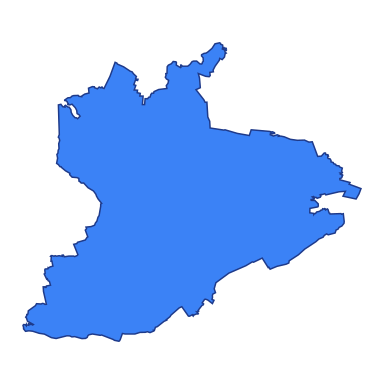 outline of Beresti-Tazlau, Bacau, Romania
{"feature_id": "2599482B13595150483809", "entity_name": "Beresti-Tazlau", "entity_type": "district", "adm_level": 2, "iso_a3": "ROU", "parent_name": "Romania", "parent_adm1": "Bacau", "projection": "natural_earth1", "projection_center": [26.669, 46.487], "detail": "fine", "context": "isolated", "style": "filled", "palette": "blue", "viewbox_px": 384, "rotation_deg": 0, "n_neighbors": 0, "source": "geoboundaries", "source_scale": "gbopen_adm2", "svg_char_len": 5826}
<svg xmlns="http://www.w3.org/2000/svg" viewBox="0 0 384 384"><path d="M150.0,332.6L153.6,331.1L153.4,330.3L154.4,330.4L155.4,327.3L157.4,326.6L164.1,321.3L166.4,320.3L166.7,320.1L166.2,319.8L170.0,316.7L171.0,315.1L179.2,307.9L181.8,306.7L188.4,316.1L189.6,316.2L192.3,314.7L192.7,315.6L193.5,315.0L193.6,315.5L193.9,315.0L196.3,314.0L198.0,314.0L198.3,313.7L196.9,312.0L197.3,312.1L197.7,311.3L198.2,311.6L198.7,311.1L198.2,310.7L198.5,309.9L202.0,305.4L203.3,304.8L203.6,303.9L202.2,302.9L204.6,299.4L205.6,299.2L207.6,299.9L212.4,303.6L214.0,300.3L212.0,299.4L212.5,297.5L212.4,295.4L212.8,294.1L215.5,292.7L214.2,288.8L215.9,282.7L228.9,273.1L245.9,265.7L252.3,261.9L253.6,262.2L262.2,258.1L268.2,267.6L268.8,267.2L270.1,269.2L277.1,266.3L286.1,264.2L288.8,263.0L289.2,260.8L298.4,254.8L304.7,249.1L315.9,241.7L318.9,239.0L323.1,237.2L324.3,235.4L326.6,233.9L328.2,234.8L335.1,233.0L336.1,230.0L338.0,229.2L339.1,227.4L341.9,226.0L344.0,223.3L344.2,221.5L343.3,213.7L341.6,214.2L341.0,213.6L330.0,214.0L329.8,213.2L329.1,213.0L328.0,209.5L327.3,208.9L325.6,209.9L325.1,208.7L324.6,208.6L324.4,209.2L322.7,208.7L322.0,210.0L320.6,210.3L319.7,211.3L316.6,212.0L315.5,213.5L314.3,213.6L313.8,214.4L313.7,213.4L309.8,212.8L309.9,208.4L317.8,206.9L318.3,206.1L318.2,203.8L314.9,200.5L311.2,200.4L311.1,199.6L314.5,199.1L313.7,198.9L313.0,197.4L312.3,196.9L313.6,196.5L314.5,198.1L315.0,197.3L316.4,197.5L317.1,198.3L320.3,197.2L320.9,196.1L320.9,195.5L320.1,194.9L321.0,194.4L322.0,194.6L324.8,193.7L325.8,194.9L339.0,191.8L345.4,191.3L343.0,196.2L356.1,199.0L359.0,193.9L361.0,188.6L349.1,184.2L350.0,182.5L339.9,179.8L339.8,178.5L341.5,178.0L342.2,176.7L342.0,176.0L342.7,175.4L342.6,174.9L340.4,174.2L340.6,173.7L340.1,173.1L341.9,173.1L342.4,172.6L341.6,171.2L342.3,168.1L339.6,166.9L339.1,165.9L336.3,165.5L335.6,164.3L333.7,163.7L333.2,162.5L331.0,161.9L331.0,160.4L330.0,158.8L328.2,158.5L327.7,157.7L327.8,156.1L328.4,156.1L327.9,154.7L325.8,154.6L325.5,153.1L325.1,152.9L324.1,153.1L321.4,156.1L317.7,156.4L312.3,141.8L308.9,142.1L304.5,140.1L297.3,140.3L290.3,139.3L284.2,136.8L280.8,136.1L278.5,136.3L279.0,135.5L277.2,134.8L273.4,136.0L270.2,134.7L270.5,133.3L272.7,133.8L274.6,133.4L274.5,132.7L272.5,131.8L271.8,132.0L269.5,131.4L251.2,129.8L249.3,135.5L237.3,133.4L225.0,129.8L223.9,130.1L210.1,128.0L209.7,121.2L207.8,117.0L206.9,102.2L205.1,102.3L203.8,99.7L196.0,89.7L200.3,87.7L199.5,78.0L198.3,73.5L205.6,76.3L209.2,76.7L210.2,75.6L209.8,72.4L213.4,71.8L213.1,70.1L215.1,66.2L219.3,60.3L219.7,58.4L222.2,59.6L224.5,57.0L225.1,53.7L226.2,53.1L225.0,52.0L224.8,50.8L224.9,50.4L226.3,50.5L226.4,50.2L225.3,49.9L226.3,48.8L226.2,48.3L224.4,48.0L224.2,48.5L224.0,47.8L223.4,48.2L223.2,49.4L222.3,49.0L222.9,46.8L222.6,45.0L220.6,44.2L220.5,43.3L219.6,42.8L215.0,43.8L212.0,48.4L207.8,52.0L206.1,53.1L204.0,53.4L201.6,54.7L201.5,55.9L203.1,57.7L203.3,61.3L202.4,62.2L202.2,63.5L201.7,64.0L199.9,63.9L196.7,61.1L193.6,61.1L192.1,61.6L189.9,64.5L187.7,66.2L182.4,66.2L181.4,65.1L180.7,65.1L180.9,67.4L180.5,67.6L176.3,65.1L176.4,62.4L175.9,61.8L173.2,61.5L171.4,63.7L168.4,65.1L167.2,66.7L167.0,72.9L166.9,73.5L165.8,73.6L166.0,75.5L165.3,77.2L166.4,78.9L168.6,80.3L168.0,83.3L166.3,85.6L166.9,88.5L158.7,89.5L154.0,91.6L153.6,93.2L151.8,93.2L150.8,94.5L150.1,97.0L148.6,97.3L147.7,98.7L145.1,98.7L144.6,104.6L142.4,104.6L143.1,96.1L139.8,96.0L140.3,93.4L137.2,92.7L137.5,90.2L134.2,90.0L135.8,85.4L133.8,84.7L135.5,80.0L137.6,80.5L138.0,79.3L136.6,79.2L135.6,78.3L136.4,76.5L133.4,73.7L132.2,71.9L130.2,71.2L123.6,66.8L117.4,64.1L116.9,63.1L115.1,62.3L110.0,76.3L104.0,88.5L102.5,87.9L102.2,87.1L101.6,87.1L100.9,87.9L99.2,87.0L97.4,88.8L94.6,87.7L94.4,86.8L92.4,86.6L88.5,88.2L89.0,93.0L84.7,94.1L81.9,95.9L81.8,96.7L78.9,96.3L78.2,95.4L73.5,95.6L72.0,96.1L70.4,97.6L67.9,97.8L64.7,100.0L64.7,100.5L66.1,100.8L67.2,101.6L67.5,102.8L68.3,103.6L67.7,104.3L68.0,104.7L69.9,104.9L72.0,104.2L75.3,107.7L76.7,110.4L77.1,113.6L79.1,114.8L80.1,116.2L77.6,118.7L76.4,117.8L75.1,117.8L72.8,115.4L71.2,112.4L70.9,109.7L69.2,107.2L67.8,107.0L65.4,105.3L64.6,106.0L64.9,107.1L62.7,106.7L60.9,104.3L58.4,104.9L59.3,134.5L58.3,137.2L59.2,138.3L59.7,140.6L58.7,143.7L59.0,148.7L58.2,150.2L57.9,153.2L56.9,154.4L57.6,158.2L56.6,163.4L58.4,164.6L59.9,166.6L61.1,166.7L61.2,167.2L65.5,170.8L69.9,173.3L69.7,174.7L72.1,177.2L77.0,177.6L78.8,178.4L79.0,181.2L80.4,182.0L80.6,182.6L81.7,183.1L83.7,183.0L88.0,187.7L93.5,191.0L95.9,194.3L96.5,196.1L98.2,199.1L101.7,203.4L100.7,204.0L100.7,206.3L99.1,215.6L98.0,217.2L96.9,221.1L95.3,223.2L94.6,225.2L91.1,226.6L86.0,227.1L86.6,228.7L85.3,230.1L87.8,236.9L87.0,237.4L85.3,240.0L77.5,242.3L76.8,243.6L73.7,244.3L77.9,254.7L77.2,255.5L74.7,256.6L73.7,256.1L68.7,256.1L64.3,256.8L63.4,255.1L62.6,255.1L62.1,255.2L62.3,256.3L59.1,255.7L56.5,256.2L55.1,255.7L54.1,256.2L52.1,255.6L51.2,255.6L50.6,256.3L51.3,256.5L51.0,261.2L51.9,261.1L52.9,266.1L50.1,266.9L48.6,267.9L48.1,267.6L47.9,268.8L45.2,269.0L44.8,269.8L45.1,273.4L44.2,274.0L46.7,279.2L47.3,278.8L48.1,280.7L49.4,281.4L50.5,285.2L46.4,286.0L46.1,287.4L45.1,287.4L45.1,286.8L43.2,286.8L43.5,291.5L46.4,304.3L44.9,304.4L43.9,303.6L42.3,303.4L41.2,304.0L36.5,303.7L35.5,305.6L28.3,310.8L28.0,313.5L27.6,314.4L26.8,314.5L26.9,315.3L25.7,317.2L26.4,317.9L27.5,321.2L33.4,324.5L32.7,325.0L31.9,324.3L31.0,324.6L28.6,323.7L28.8,325.3L27.0,325.0L26.5,324.2L26.3,325.8L25.4,324.8L23.8,324.5L23.0,325.3L23.7,328.2L23.5,328.8L25.5,331.3L28.9,330.8L32.6,331.2L39.2,333.3L44.4,334.1L51.3,337.6L56.1,338.5L66.9,335.8L69.7,335.9L71.9,336.9L74.7,336.6L81.9,338.6L85.6,338.4L87.2,337.4L88.0,335.5L89.0,334.8L92.4,334.0L100.2,335.3L101.6,335.0L113.5,339.6L114.3,340.3L118.7,341.2L119.4,341.0L120.2,339.7L122.4,333.5L125.2,334.0L134.9,334.0L140.0,332.4L145.3,332.3L147.4,331.7L150.0,332.6Z" fill="#3b82f6" stroke="#1e3a8a" stroke-width="1.5"/></svg>